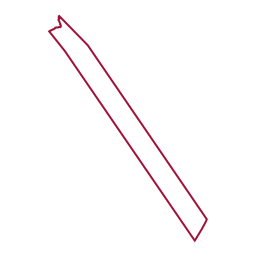 outline of Ngerutoi, Ngardmau, Palau
{"feature_id": "81905179B43294852199533", "entity_name": "Ngerutoi", "entity_type": "district", "adm_level": 2, "iso_a3": "PLW", "parent_name": "Palau", "parent_adm1": "Ngardmau", "projection": "mercator", "projection_center": [134.577, 7.597], "detail": "fine", "context": "isolated", "style": "outline", "palette": "rose", "viewbox_px": 256, "rotation_deg": 0, "n_neighbors": 0, "source": "geoboundaries", "source_scale": "gbopen_adm2", "svg_char_len": 699}
<svg xmlns="http://www.w3.org/2000/svg" viewBox="0 0 256 256"><path d="M206.8,219.3L87.7,45.2L58.6,15.4L58.7,15.6L58.7,16.2L59.0,16.9L59.0,17.5L58.8,17.6L58.6,17.9L58.9,18.6L59.3,18.8L58.9,19.3L58.5,19.6L58.6,20.3L59.1,21.0L59.5,22.1L59.9,23.1L60.2,23.8L60.1,24.4L60.8,25.2L60.8,25.8L60.8,26.5L60.5,27.0L60.3,27.2L59.2,27.0L58.8,27.0L58.3,27.4L57.8,27.5L57.4,27.4L56.8,27.4L56.3,27.5L55.8,27.8L55.4,27.7L55.1,28.0L54.9,28.1L54.8,28.5L54.6,28.6L53.7,29.1L53.0,29.5L52.8,29.4L52.3,29.7L52.0,29.8L51.7,30.1L51.2,30.2L51.0,30.5L50.6,30.5L50.2,30.9L49.8,30.9L49.7,31.0L49.2,31.4L64.8,51.0L194.3,240.0L194.8,240.6L201.5,229.6L205.6,222.1L206.8,219.3Z" fill="none" stroke="#9f1239" stroke-width="2"/></svg>